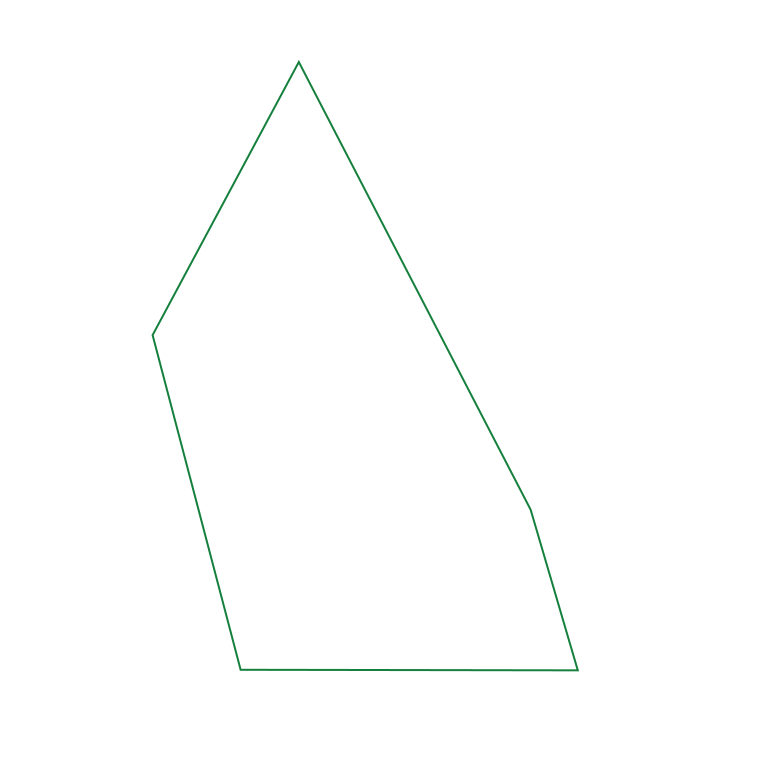 Lexington, Virginia, United States of America, rotated 279°
{"feature_id": "52423323B43343274853649", "entity_name": "Lexington", "entity_type": "district", "adm_level": 2, "iso_a3": "USA", "parent_name": "United States of America", "parent_adm1": "Virginia", "projection": "orthographic", "projection_center": [-79.447, 37.781], "detail": "fine", "context": "isolated", "style": "outline", "palette": "green", "viewbox_px": 768, "rotation_deg": 279, "n_neighbors": 0, "source": "geoboundaries", "source_scale": "gbopen_adm2", "svg_char_len": 236}
<svg xmlns="http://www.w3.org/2000/svg" viewBox="0 0 768 768"><g transform="rotate(279 384 384)"><path d="M79.3,287.1L131.5,620.2L282.8,548.5L688.7,249.5L396.1,147.8L79.3,287.1Z" fill="none" stroke="#15803d" stroke-width="2"/></g></svg>